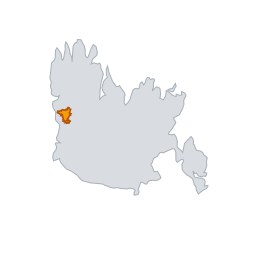 Lismore Lea-3, Waterford, Ireland shown in context, rotated 111°
{"feature_id": "5873133B19257398273373", "entity_name": "Lismore Lea-3", "entity_type": "district", "adm_level": 2, "iso_a3": "IRL", "parent_name": "Ireland", "parent_adm1": "Waterford", "projection": "orthographic", "projection_center": [-7.865, 52.126], "detail": "fine", "context": "in_parent", "style": "filled", "palette": "amber", "viewbox_px": 256, "rotation_deg": 111, "n_neighbors": 0, "source": "geoboundaries", "source_scale": "gbopen_adm2", "svg_char_len": 7075}
<svg xmlns="http://www.w3.org/2000/svg" viewBox="0 0 256 256"><g transform="rotate(111 128 128)"><path d="M157.2,45.9L152.7,49.1L152.0,50.3L150.8,55.2L150.7,56.6L147.9,62.0L146.3,63.1L143.9,63.9L142.6,64.8L140.9,64.4L138.7,64.4L137.6,65.4L137.7,66.1L138.3,67.0L142.3,69.5L142.1,70.5L141.0,71.7L133.8,74.5L131.7,76.3L130.9,77.4L131.7,79.4L137.4,85.2L138.4,85.8L139.2,89.2L144.3,90.6L146.4,92.7L148.2,93.2L152.1,93.0L153.7,93.8L154.5,93.2L155.0,92.0L159.4,87.9L158.0,84.8L162.3,79.6L163.5,79.6L165.6,81.2L167.3,83.4L167.9,86.4L169.5,89.0L170.6,89.9L173.4,90.4L174.1,91.4L173.6,95.3L174.1,96.6L181.2,96.4L184.1,94.6L186.5,94.9L187.8,96.6L188.4,98.4L186.3,99.1L184.0,98.8L183.0,100.0L182.9,102.2L183.8,105.1L185.3,107.1L186.6,111.8L187.7,116.9L189.3,120.0L189.8,123.9L189.6,125.8L189.9,129.2L189.3,130.4L189.9,133.6L192.8,143.9L193.5,151.9L192.3,155.0L190.6,157.9L189.5,161.4L188.7,165.1L188.3,171.0L184.6,178.0L183.0,179.8L181.1,180.9L185.4,185.7L182.0,187.9L178.3,188.7L174.2,187.5L171.6,187.7L168.4,190.3L167.7,189.8L166.1,185.9L165.0,190.0L162.6,191.3L158.6,191.1L151.8,192.2L149.2,193.4L148.1,195.3L147.3,197.4L146.2,198.6L145.0,199.3L139.8,200.9L138.7,201.5L136.3,204.9L133.1,206.9L130.4,207.5L128.1,205.5L127.1,204.3L126.0,203.7L122.4,203.7L123.5,204.4L124.3,205.8L124.6,208.5L124.2,211.1L122.4,212.4L120.2,212.7L116.8,215.4L112.4,216.1L109.9,218.6L95.0,222.6L94.2,222.6L92.2,221.5L90.0,221.0L87.8,221.3L81.5,223.5L78.5,223.0L82.5,217.1L87.7,214.3L88.2,213.4L86.6,213.0L76.8,214.8L73.3,216.5L69.9,216.9L71.6,214.3L76.0,210.7L79.9,208.4L81.6,206.2L86.2,203.9L71.3,208.6L67.4,207.8L66.6,206.4L63.5,206.9L62.5,203.5L67.1,198.4L69.8,196.2L72.9,195.1L75.9,193.5L77.1,191.4L75.7,190.7L66.8,190.9L62.6,190.3L62.9,188.7L63.7,186.8L68.2,183.8L70.6,183.3L72.7,183.7L76.4,185.7L81.4,185.2L79.4,183.1L79.1,179.0L77.6,177.6L79.7,175.7L82.0,174.6L86.0,170.7L87.4,170.2L95.0,169.4L103.3,167.4L111.5,164.7L107.4,163.0L105.4,160.8L102.1,165.1L99.8,166.7L93.2,167.4L91.1,166.9L88.3,165.5L87.3,166.0L86.5,167.0L82.1,169.0L77.5,169.4L82.9,165.7L89.8,159.3L91.3,157.2L93.5,153.7L92.9,152.1L91.5,151.1L96.5,143.8L98.2,142.5L101.3,142.3L103.6,141.2L104.6,141.2L105.5,140.8L107.5,138.6L104.5,137.2L101.3,136.4L91.6,136.9L90.3,136.8L89.1,136.0L88.4,135.0L87.8,132.5L87.1,131.9L84.9,131.9L82.8,132.6L81.3,132.5L79.8,131.3L82.2,128.8L79.2,128.1L76.1,128.6L73.6,127.7L73.5,126.1L74.8,124.5L73.3,122.9L73.0,121.0L74.7,120.1L76.4,120.5L80.1,119.1L84.7,118.6L80.8,117.1L79.2,115.8L79.2,114.0L79.6,112.4L84.2,109.8L89.1,108.8L88.8,107.0L89.2,105.1L84.3,104.4L79.4,105.7L80.0,102.0L81.3,98.8L81.6,96.6L81.4,94.3L79.1,95.2L79.0,92.0L78.1,89.7L74.7,91.1L74.9,88.2L75.9,86.1L77.6,85.3L79.4,85.7L82.6,85.8L85.7,84.3L90.2,84.0L97.2,84.7L102.0,89.1L103.3,88.4L105.3,85.6L106.2,85.3L113.6,86.7L118.1,88.3L119.3,87.8L118.7,84.7L117.2,82.6L119.2,79.8L121.6,78.0L123.2,77.0L126.9,75.9L128.5,74.8L129.6,71.2L131.3,68.2L122.1,69.7L113.3,66.1L114.8,63.6L116.6,62.2L119.8,61.1L120.1,59.8L121.7,58.8L124.4,55.9L123.5,52.2L124.0,49.5L125.9,47.7L126.5,45.2L127.4,43.3L131.3,42.7L135.0,40.9L140.7,40.7L142.2,41.4L141.8,38.3L144.5,37.9L145.5,38.5L146.0,40.7L147.2,42.1L147.6,44.5L146.8,46.4L145.5,47.8L146.7,49.3L144.8,52.0L146.9,50.8L149.9,48.2L149.7,46.1L149.2,43.4L148.3,41.0L148.7,38.3L150.4,36.7L154.7,35.8L152.9,32.8L154.5,32.5L156.3,33.1L158.8,35.4L164.3,38.7L161.7,41.7L158.4,43.7L157.2,45.9ZM78.5,103.2L78.3,104.6L76.2,102.8L75.2,100.8L69.4,99.7L71.9,97.9L73.1,98.5L77.2,98.7L78.4,99.5L78.5,103.2Z" fill="#d9dde1" stroke="#a8b0b8" stroke-width="1"/><path d="M139.2,199.3L139.1,199.1L138.8,199.1L138.7,199.1L138.5,198.8L138.4,198.5L138.4,198.4L138.5,198.3L138.8,198.4L139.1,198.1L139.2,197.6L139.2,197.3L139.4,197.0L139.3,196.8L139.4,196.3L139.4,196.1L139.4,195.9L139.2,195.6L138.9,195.4L138.7,195.1L138.7,194.9L138.9,194.6L139.0,194.4L139.1,194.5L139.2,194.4L139.3,194.5L139.5,194.6L139.6,194.8L139.8,194.8L139.9,195.0L140.0,195.0L140.4,195.1L140.3,194.9L140.2,194.7L140.0,194.3L140.0,194.2L140.1,193.9L140.4,193.8L140.5,193.7L140.4,193.5L140.5,193.5L140.6,193.2L140.8,193.1L141.0,193.1L141.2,192.9L141.4,192.8L141.4,192.6L141.5,192.6L141.8,192.7L141.9,192.4L142.0,192.3L142.1,192.2L142.3,192.1L142.4,191.9L142.5,191.9L143.3,191.6L143.5,191.8L143.8,191.8L143.8,191.7L143.9,191.4L143.8,191.1L143.7,191.1L143.6,190.9L143.6,190.7L143.6,190.4L143.9,190.3L144.1,190.1L144.3,190.2L144.4,190.4L144.5,190.4L144.6,190.5L145.0,190.8L145.0,190.7L145.1,190.3L145.1,190.2L145.0,189.9L144.9,189.9L144.7,189.7L144.5,189.8L144.1,189.7L144.0,189.4L144.0,189.2L144.1,188.9L144.1,188.7L143.9,188.5L144.1,188.5L144.4,188.8L144.5,188.9L144.8,188.8L145.0,188.8L145.0,188.7L145.2,188.3L145.3,188.3L145.2,188.2L145.4,188.1L145.5,188.0L145.5,187.9L145.5,187.7L145.6,187.2L145.6,186.9L145.3,186.8L145.1,186.6L144.8,186.6L144.7,186.6L144.8,186.5L144.7,186.4L144.8,186.1L144.7,186.0L144.7,185.8L144.8,185.7L144.7,185.5L144.8,185.5L144.7,185.3L144.6,185.1L144.6,184.9L144.4,184.9L144.2,184.8L143.8,184.9L143.6,185.2L143.3,185.1L143.1,185.0L143.0,184.8L142.8,184.6L142.7,184.7L142.4,184.7L142.3,184.8L142.2,184.8L141.9,184.9L141.9,185.0L142.0,184.9L142.0,185.0L142.2,185.4L142.2,185.5L142.3,185.6L142.5,185.9L142.5,186.0L142.5,186.3L142.4,186.5L142.3,186.8L142.4,187.0L142.5,187.3L142.4,187.3L142.5,187.4L142.5,187.5L142.4,187.7L142.1,187.7L141.9,187.5L141.7,187.6L141.3,187.4L141.0,187.4L140.8,187.6L140.7,187.8L140.5,187.7L140.4,187.6L140.3,187.4L139.8,187.2L139.4,187.1L139.2,187.3L138.9,187.3L138.7,187.2L138.3,187.2L138.1,187.2L137.7,187.1L137.4,187.1L137.2,186.8L137.0,186.7L136.8,186.5L136.7,186.3L136.6,186.2L136.3,186.4L135.7,186.4L135.7,186.6L135.3,186.4L135.1,186.3L135.1,186.6L135.1,186.8L135.1,187.1L135.0,187.4L135.0,187.6L135.2,187.9L135.2,188.0L134.8,188.3L134.7,188.4L134.4,188.2L134.2,188.0L133.9,188.1L133.7,188.1L133.4,188.1L133.2,188.1L132.9,188.1L132.7,188.1L132.4,188.2L132.1,188.1L131.9,188.2L131.4,188.2L131.3,188.3L131.1,188.3L131.2,188.6L131.1,189.2L131.0,189.7L130.8,189.9L130.8,190.1L130.7,190.2L130.4,190.2L130.2,190.2L130.1,190.3L130.1,190.7L130.2,190.8L130.2,191.0L130.0,191.3L129.9,191.3L130.1,191.4L130.4,191.3L130.5,191.4L130.9,191.3L131.1,191.2L131.5,191.2L131.5,191.4L131.8,191.3L132.0,191.3L132.0,191.5L132.3,191.5L132.3,191.4L132.6,191.2L132.9,191.4L132.8,191.5L133.0,191.6L133.0,191.8L133.0,192.0L132.7,192.1L132.6,191.9L132.5,191.6L132.4,191.6L132.4,191.8L132.4,192.0L132.7,192.1L132.7,192.3L132.7,192.5L133.0,192.6L133.3,192.6L133.5,192.6L133.6,192.8L133.7,193.2L134.0,193.2L134.0,193.3L134.0,193.5L134.1,193.9L134.2,194.0L134.4,194.3L134.4,194.5L134.4,194.8L134.2,195.0L134.3,195.2L134.3,195.4L134.2,195.4L134.2,195.6L134.4,195.8L134.6,195.8L134.8,195.9L134.9,196.1L135.0,196.2L135.2,196.4L135.2,196.5L135.3,196.6L135.7,196.7L135.8,196.6L136.0,196.5L136.0,197.0L136.1,197.4L136.5,197.5L136.8,197.7L136.9,197.8L137.0,197.9L137.0,198.2L137.0,198.3L137.1,198.5L137.1,199.0L137.2,199.3L137.3,199.5L137.4,199.4L137.6,199.6L137.9,199.5L138.2,199.5L138.2,199.4L138.3,199.5L138.4,199.4L138.4,199.5L138.5,199.5L138.9,199.5L139.1,199.5L139.2,199.3Z" fill="#f59e0b" stroke="#b45309" stroke-width="1.5"/></g></svg>